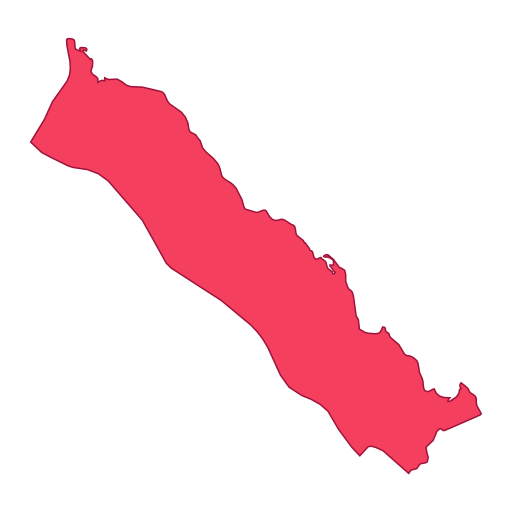 the Region of Debubawi Keyih Bahri
{"feature_id": "ERI-1565", "entity_name": "Debubawi Keyih Bahri", "entity_type": "Region", "adm_level": 1, "iso_a3": "ERI", "parent_name": "Eritrea", "parent_adm1": "", "projection": "albers", "projection_center": [41.929, 13.658], "detail": "fine", "context": "isolated", "style": "filled", "palette": "rose", "viewbox_px": 512, "rotation_deg": 0, "n_neighbors": 0, "source": "natural_earth", "source_scale": "10m", "svg_char_len": 3417}
<svg xmlns="http://www.w3.org/2000/svg" viewBox="0 0 512 512"><path d="M480.3,414.9L444.9,430.4L443.2,430.6L441.1,428.9L439.7,428.8L437.0,431.2L433.2,440.3L426.1,447.1L426.7,452.0L428.2,457.3L427.3,461.8L425.3,462.9L420.4,463.8L419.0,465.3L416.8,468.6L411.6,470.0L410.9,470.3L408.7,473.4L383.0,450.7L375.5,447.3L371.1,446.2L368.2,446.7L359.8,455.8L352.0,447.5L338.6,429.4L328.0,411.2L320.2,404.4L311.1,399.3L301.8,395.5L289.1,387.2L280.5,375.2L267.9,347.6L262.7,338.9L257.1,331.6L250.8,325.0L238.4,314.7L221.3,300.5L193.1,282.3L171.2,268.1L166.3,263.2L154.9,242.7L142.3,220.2L125.2,200.5L108.3,181.0L98.5,173.8L87.5,169.6L72.8,167.4L68.2,165.9L51.1,157.5L41.7,152.5L30.7,142.1L32.5,139.0L44.3,119.6L52.5,101.6L67.1,81.1L69.6,74.8L70.3,68.6L70.0,61.7L66.9,45.6L66.6,40.4L66.8,39.3L67.0,39.2L67.9,38.7L69.4,38.6L72.3,39.0L73.9,39.7L74.6,41.3L75.1,47.9L75.7,49.2L80.3,51.2L79.6,48.4L81.0,47.5L85.4,47.8L86.5,48.6L86.9,50.0L86.2,51.0L83.6,50.1L82.6,51.2L90.3,59.4L90.4,59.0L91.0,58.7L91.7,59.0L92.5,60.4L92.7,61.7L92.5,66.2L91.2,70.0L91.1,71.9L92.5,74.1L96.6,77.1L97.9,79.0L97.9,82.3L99.7,81.2L101.2,80.5L102.9,80.4L104.7,81.0L104.7,77.8L108.4,79.5L117.1,79.1L121.8,81.7L126.8,85.4L131.3,86.7L142.3,87.1L161.0,91.5L162.8,92.3L164.8,94.8L167.4,101.0L169.5,103.8L176.7,108.9L181.5,112.3L185.3,117.1L187.9,122.9L188.8,129.1L190.0,131.7L192.7,133.3L195.4,134.6L196.6,136.0L197.3,137.3L200.3,141.0L202.5,147.7L205.8,151.8L213.3,158.4L217.5,163.3L218.9,165.7L220.0,168.7L221.3,174.1L222.0,176.1L223.3,177.9L225.5,179.6L230.9,183.0L233.7,185.4L236.2,188.4L242.0,199.7L243.8,206.6L245.2,209.1L255.5,212.2L257.7,212.4L262.9,210.3L264.9,210.1L266.2,210.9L269.4,216.4L272.0,219.1L273.2,219.8L275.5,220.4L277.3,220.3L280.9,219.4L282.2,219.2L285.0,220.3L290.7,224.1L292.8,224.9L294.6,226.2L295.4,229.3L295.9,232.8L296.7,235.3L303.4,240.6L304.4,242.8L305.2,242.8L308.9,247.9L310.0,250.2L310.4,250.4L311.8,251.1L312.2,251.3L312.9,253.2L313.9,256.9L315.1,258.8L316.7,259.2L318.7,258.4L320.4,257.5L321.1,257.6L321.7,258.7L324.5,260.6L325.6,261.6L326.2,263.1L327.1,267.0L327.8,268.4L331.6,271.3L332.2,271.5L332.9,273.8L334.2,273.7L335.2,272.7L335.1,272.1L334.2,271.4L331.9,268.4L331.3,267.4L331.0,267.1L330.5,266.8L330.1,266.2L330.0,265.0L330.5,265.0L332.8,265.1L333.4,265.0L333.5,260.6L331.3,258.7L328.5,257.2L325.0,257.0L323.7,256.6L324.1,255.6L325.6,254.8L327.8,254.7L333.3,259.3L339.4,267.4L341.7,268.4L344.7,270.3L345.7,274.4L345.7,281.2L347.5,286.7L349.0,289.3L350.7,290.3L352.3,292.2L353.5,296.4L356.1,315.8L358.4,319.8L359.3,327.9L359.1,328.7L359.6,329.2L364.6,332.2L368.0,333.2L375.4,333.8L378.6,333.3L380.4,331.7L381.6,329.5L382.6,327.0L384.7,327.4L385.4,328.5L385.4,329.9L386.0,331.5L387.0,332.3L388.1,332.9L389.0,333.8L389.4,335.6L390.7,337.7L398.9,344.7L404.6,354.2L406.7,355.6L410.0,356.0L412.6,357.2L414.9,358.9L416.8,360.7L418.0,363.3L419.6,372.7L422.3,378.8L423.0,381.9L423.4,386.7L424.1,389.3L425.3,391.0L427.6,391.6L429.7,391.0L431.8,389.8L434.1,388.8L436.4,393.4L439.6,396.1L444.0,397.5L449.9,397.8L449.1,398.7L447.7,401.2L449.2,401.4L450.5,401.0L452.1,400.1L451.9,399.9L455.0,397.9L455.5,397.8L457.4,395.6L458.9,393.2L459.3,391.7L459.2,390.5L459.6,389.6L461.1,388.7L460.1,387.1L459.9,385.4L460.2,384.0L461.1,382.8L465.7,386.4L468.0,388.6L468.9,390.3L469.6,392.0L471.4,393.5L473.4,394.7L475.1,396.0L476.2,398.2L476.4,403.3L476.9,405.8L481.3,413.7L480.3,414.9Z" fill="#f43f5e" stroke="#9f1239" stroke-width="1.5"/></svg>